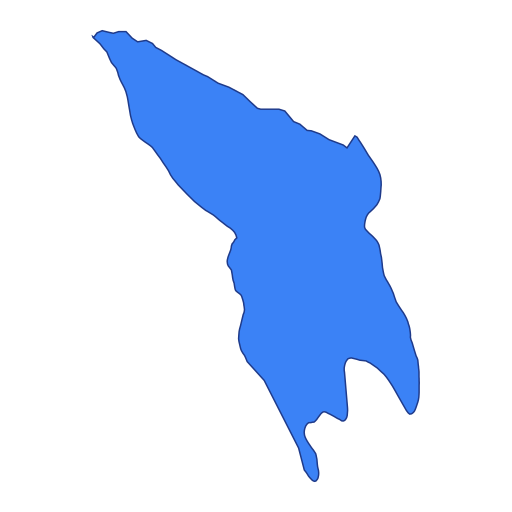 the district of Chalon, Anse-la-Raye, Saint Lucia
{"feature_id": "8701671B73025224751915", "entity_name": "Chalon", "entity_type": "district", "adm_level": 2, "iso_a3": "LCA", "parent_name": "Saint Lucia", "parent_adm1": "Anse-la-Raye", "projection": "equal_earth", "projection_center": [-61.044, 13.92], "detail": "fine", "context": "isolated", "style": "filled", "palette": "blue", "viewbox_px": 512, "rotation_deg": 0, "n_neighbors": 0, "source": "geoboundaries", "source_scale": "gbopen_adm2", "svg_char_len": 4437}
<svg xmlns="http://www.w3.org/2000/svg" viewBox="0 0 512 512"><path d="M92.8,36.6L93.1,37.5L99.9,43.7L103.9,48.9L106.9,52.0L109.6,58.6L111.5,62.6L114.0,65.6L115.0,66.7L116.3,68.4L117.8,72.5L118.5,75.4L120.0,79.3L121.3,82.0L122.8,84.8L124.4,87.9L125.9,91.6L127.3,96.8L127.9,99.9L128.8,105.5L129.8,111.3L130.5,115.5L131.5,119.5L132.6,123.2L133.5,125.6L135.0,129.4L136.6,133.0L138.7,136.8L140.5,138.6L144.9,141.9L148.0,144.0L150.5,145.8L152.4,147.5L154.8,150.8L157.8,155.0L160.3,158.3L163.2,162.8L166.2,167.1L168.6,170.9L170.5,174.8L172.8,178.3L174.8,180.7L178.2,184.9L187.1,194.2L194.5,201.5L201.5,207.2L205.7,210.4L207.7,211.5L213.4,215.0L215.4,216.6L218.8,219.6L220.3,220.8L227.2,226.2L230.1,228.0L232.8,230.3L234.6,232.4L236.0,235.1L236.8,237.9L234.9,239.7L233.8,241.8L232.9,243.0L232.2,243.7L231.4,246.0L231.2,247.9L230.7,250.0L229.6,252.9L228.7,255.2L228.0,257.2L227.3,260.1L227.2,261.5L227.5,264.0L228.2,265.8L229.9,268.0L231.4,270.0L231.8,272.2L232.3,275.1L232.6,277.5L233.1,280.2L234.1,283.1L234.6,286.4L235.1,289.0L235.6,290.4L236.2,291.1L237.4,292.1L239.8,293.9L241.2,295.3L241.8,296.7L242.8,299.8L243.6,302.8L243.9,305.3L244.2,307.0L244.5,309.7L244.1,312.3L243.2,314.6L242.2,318.7L241.2,322.9L240.5,325.8L239.6,329.0L239.1,331.7L238.8,335.5L238.6,338.8L239.0,341.6L239.7,344.6L240.2,346.8L240.7,348.8L241.4,350.6L242.9,353.2L244.5,355.4L245.6,357.7L247.2,361.6L264.2,380.4L298.6,448.0L304.3,470.0L306.2,472.4L307.4,474.2L308.4,475.9L309.5,477.3L310.6,478.5L312.0,480.0L313.3,480.9L314.6,481.3L315.9,481.0L317.0,479.7L317.3,479.3L317.9,478.2L318.2,477.1L318.6,475.0L318.7,473.0L318.5,470.7L318.1,469.0L317.6,466.7L317.3,464.2L317.1,461.8L316.9,459.3L316.5,457.3L316.1,455.3L315.7,453.7L314.5,451.8L313.4,450.1L312.1,448.5L310.9,446.8L309.7,445.0L308.4,443.1L307.1,441.0L306.1,439.2L305.2,437.3L304.5,435.2L304.2,432.4L304.4,430.2L304.9,428.1L305.8,425.8L307.1,424.0L308.6,422.7L311.0,422.6L312.3,422.2L314.0,422.1L315.2,421.1L316.7,419.5L318.2,417.3L319.2,416.0L321.0,413.6L321.9,412.8L323.2,411.9L324.7,411.8L326.3,412.3L328.2,413.4L330.0,414.2L333.9,416.3L337.4,418.4L339.8,419.5L341.6,420.8L343.2,421.0L344.5,420.5L345.4,419.7L346.2,418.4L346.7,417.4L347.2,415.5L347.4,413.0L347.6,410.4L347.5,407.8L344.5,372.3L344.2,370.3L344.2,367.9L344.5,366.1L344.8,364.7L345.3,363.0L346.0,361.4L347.8,358.9L349.2,358.3L351.2,357.9L357.0,359.3L359.8,360.2L366.0,360.9L368.1,362.1L370.1,363.0L377.3,368.0L381.2,371.7L383.9,374.1L386.4,377.1L388.7,380.3L392.3,385.8L395.2,390.8L398.4,396.5L402.5,403.7L406.4,410.5L408.2,412.9L409.7,414.1L411.5,413.8L412.3,413.3L413.5,412.3L414.5,411.0L415.3,409.3L416.2,406.9L416.9,404.8L417.8,402.1L418.4,399.8L418.8,397.4L419.0,394.7L419.1,392.4L419.1,390.1L419.1,388.6L419.1,387.5L419.1,385.3L419.2,382.8L419.1,380.6L419.1,378.7L419.0,376.9L419.0,374.1L419.0,371.9L418.8,369.7L418.6,368.2L418.5,366.6L418.2,364.4L417.8,360.1L417.2,358.2L416.1,355.9L414.3,350.1L412.6,344.3L412.2,342.9L411.0,339.9L410.4,337.4L410.5,335.1L410.3,332.6L409.9,329.7L409.6,328.0L409.1,326.0L408.4,324.0L407.9,322.0L406.9,319.5L406.3,318.1L405.0,315.6L403.3,312.7L401.5,310.2L398.6,305.8L397.3,303.7L396.1,301.7L395.5,299.9L394.7,297.7L393.9,295.2L393.3,293.3L392.4,291.3L391.2,288.5L389.9,285.9L388.5,283.5L387.5,281.7L386.4,280.0L385.4,278.1L384.2,275.7L383.7,273.8L383.1,270.9L382.5,267.6L382.1,263.2L381.4,257.3L380.6,253.7L380.2,250.8L379.8,248.7L379.0,245.1L378.2,243.3L377.0,241.2L376.0,239.9L374.5,238.3L372.8,236.5L371.3,235.1L369.1,233.2L367.2,231.2L365.3,229.1L364.6,227.4L364.5,226.3L364.6,224.2L365.0,221.7L365.2,220.7L365.7,218.8L366.2,217.1L367.4,214.8L368.7,213.0L370.3,211.6L373.4,208.7L375.7,206.1L376.9,204.7L378.5,201.9L379.9,198.7L380.3,196.1L380.7,191.8L381.0,187.1L381.2,185.0L381.1,181.5L380.9,179.8L380.7,178.0L379.9,174.5L378.6,171.3L377.1,168.4L375.4,165.6L373.0,161.9L370.9,158.9L368.3,155.2L366.1,151.5L364.5,148.8L362.5,145.6L360.2,142.0L359.2,140.6L357.1,137.2L354.9,135.9L347.0,147.9L343.2,145.0L329.1,139.7L319.9,133.9L311.3,130.8L307.1,130.4L299.9,124.2L293.6,121.6L284.8,111.0L278.9,109.2L275.8,109.2L263.8,109.2L260.7,109.2L257.4,108.3L250.2,101.7L243.0,94.7L228.9,87.2L218.1,83.2L207.6,76.6L203.3,74.8L190.5,67.7L176.1,59.8L161.6,50.5L155.7,47.4L152.5,43.5L147.0,40.8L146.2,40.4L138.4,41.7L137.6,41.8L132.2,38.2L126.0,31.6L122.9,31.6L121.7,31.6L118.7,31.6L114.6,32.9L113.4,33.3L109.2,32.4L102.2,30.7L97.1,32.9L93.8,37.3L92.8,36.6Z" fill="#3b82f6" stroke="#1e3a8a" stroke-width="1.5"/></svg>